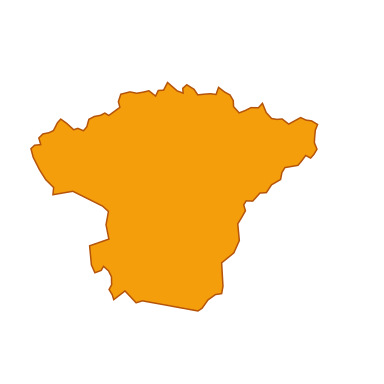 the district of Ipiranga do Sul, Rio Grande do Sul, Brazil, rotated 162°
{"feature_id": "56859067B33035970320489", "entity_name": "Ipiranga do Sul", "entity_type": "district", "adm_level": 2, "iso_a3": "BRA", "parent_name": "Brazil", "parent_adm1": "Rio Grande do Sul", "projection": "robinson", "projection_center": [-52.426, -27.924], "detail": "fine", "context": "isolated", "style": "filled", "palette": "amber", "viewbox_px": 384, "rotation_deg": 162, "n_neighbors": 0, "source": "geoboundaries", "source_scale": "gbopen_adm2", "svg_char_len": 1535}
<svg xmlns="http://www.w3.org/2000/svg" viewBox="0 0 384 384"><g transform="rotate(162 192 192)"><path d="M223.1,77.0L218.2,78.4L210.2,84.4L201.4,87.2L195.2,86.2L191.7,92.7L185.7,115.5L178.6,118.2L171.0,121.2L162.0,131.2L158.3,147.6L152.9,152.2L147.0,157.6L146.8,163.8L143.2,166.8L137.0,164.6L127.7,170.0L121.5,168.4L114.1,174.3L103.9,176.5L100.5,182.7L96.1,186.5L83.0,184.6L77.9,187.8L72.6,191.6L68.7,187.6L64.6,190.0L59.9,194.1L60.4,201.1L58.2,206.7L55.6,212.7L51.7,217.4L56.3,222.7L61.4,225.2L65.7,229.2L70.6,228.3L79.1,226.7L83.7,233.6L88.8,234.8L93.6,237.3L96.9,244.6L97.6,254.6L102.8,251.6L109.8,254.0L116.7,253.0L122.7,252.7L126.1,260.3L124.5,266.2L125.9,272.6L130.1,277.0L134.4,283.3L139.0,277.3L143.9,279.7L149.5,281.1L156.5,282.6L158.3,289.0L163.8,295.6L168.7,293.5L169.9,288.8L174.8,292.7L181.4,303.7L187.6,297.6L192.7,299.0L197.0,294.5L201.7,301.6L207.9,302.1L214.1,303.0L220.1,306.4L229.5,307.0L234.1,300.7L234.4,294.8L247.5,290.5L250.5,294.0L255.4,293.2L261.6,294.0L267.6,293.0L271.9,286.5L276.3,283.8L280.9,287.8L285.3,287.8L290.1,296.2L294.3,301.9L298.5,299.5L304.8,293.2L309.7,292.6L315.9,293.3L321.0,290.7L321.2,283.8L327.2,285.1L331.8,283.0L332.3,274.1L330.2,260.5L327.3,249.0L322.2,239.0L325.1,232.4L305.1,229.5L281.4,206.2L277.5,199.3L280.0,194.6L283.9,187.4L285.6,172.9L306.0,172.5L310.2,153.8L309.3,145.2L302.6,145.5L299.1,148.6L295.7,142.7L294.8,136.3L297.1,128.6L301.0,124.9L299.6,118.9L299.7,113.8L286.3,118.6L279.4,103.9L272.8,103.8L223.1,77.0Z" fill="#f59e0b" stroke="#b45309" stroke-width="1.5"/></g></svg>